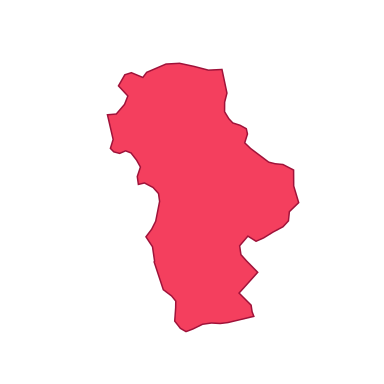 outline of Jangseong-gun, South Jeolla, South Korea, rotated 307°
{"feature_id": "91817680B915295689263", "entity_name": "Jangseong-gun", "entity_type": "district", "adm_level": 2, "iso_a3": "KOR", "parent_name": "South Korea", "parent_adm1": "South Jeolla", "projection": "natural_earth1", "projection_center": [126.763, 35.332], "detail": "fine", "context": "isolated", "style": "filled", "palette": "rose", "viewbox_px": 384, "rotation_deg": 307, "n_neighbors": 0, "source": "geoboundaries", "source_scale": "gbopen_adm2", "svg_char_len": 1120}
<svg xmlns="http://www.w3.org/2000/svg" viewBox="0 0 384 384"><g transform="rotate(307 192 192)"><path d="M202.8,78.0L186.5,97.4L177.7,100.6L177.0,105.4L179.3,111.0L184.9,114.2L186.5,119.8L184.1,128.6L180.9,135.8L171.4,139.0L165.8,144.6L170.6,148.6L172.2,158.2L170.6,166.2L165.0,171.8L146.8,180.6L138.0,182.2L128.5,182.2L124.5,193.4L114.2,203.8L113.4,203.8L96.7,227.9L96.7,238.3L95.1,244.7L89.6,248.7L78.5,255.9L76.1,264.8L76.9,271.2L78.4,272.2L83.2,275.2L92.7,280.0L99.1,286.4L103.9,293.6L109.4,299.3L129.9,316.2L132.5,312.1L137.2,307.3L139.6,290.4L157.9,292.0L167.4,292.8L169.8,276.8L171.4,268.8L177.7,262.4L190.4,263.2L191.2,272.8L198.4,276.8L208.7,280.8L219.0,285.6L227.0,286.4L234.9,281.6L247.7,283.6L258.0,269.6L270.7,259.9L268.7,248.1L264.6,241.4L262.0,235.3L262.0,223.0L262.0,212.7L263.0,204.5L271.7,201.4L275.2,197.3L274.2,190.2L271.7,183.0L272.7,177.3L275.7,169.7L283.4,164.0L292.0,160.4L307.9,142.2L299.2,131.8L293.6,118.2L287.3,104.6L278.5,94.2L260.3,83.8L253.9,83.8L250.8,71.8L245.2,67.8L232.5,69.4L230.1,83.0L221.4,85.4L208.7,84.6L202.8,78.0Z" fill="#f43f5e" stroke="#9f1239" stroke-width="1.5"/></g></svg>